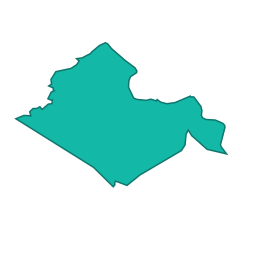 Lucan Lea-5, South Dublin, Ireland (Mercator projection), rotated 41°
{"feature_id": "5873133B65409503618015", "entity_name": "Lucan Lea-5", "entity_type": "district", "adm_level": 2, "iso_a3": "IRL", "parent_name": "Ireland", "parent_adm1": "South Dublin", "projection": "mercator", "projection_center": [-6.46, 53.348], "detail": "fine", "context": "isolated", "style": "filled", "palette": "teal", "viewbox_px": 256, "rotation_deg": 41, "n_neighbors": 0, "source": "geoboundaries", "source_scale": "gbopen_adm2", "svg_char_len": 1026}
<svg xmlns="http://www.w3.org/2000/svg" viewBox="0 0 256 256"><g transform="rotate(41 128 128)"><path d="M219.4,82.9L210.4,81.0L208.7,79.8L200.8,64.0L199.3,62.6L196.6,62.3L188.7,64.7L181.3,70.4L177.7,71.4L175.2,70.5L172.4,66.4L168.9,63.9L157.3,61.4L154.7,63.5L154.1,63.1L146.8,78.0L141.4,84.2L135.8,87.0L131.3,87.4L131.7,88.9L126.3,91.3L123.7,95.1L116.1,100.5L112.7,101.7L101.6,96.9L97.7,91.8L96.2,87.6L98.2,80.6L97.2,79.1L93.7,78.0L81.7,78.9L63.6,78.9L57.4,77.8L55.0,78.5L52.3,84.6L50.7,94.7L50.7,94.8L50.9,96.3L47.3,105.3L43.7,109.4L47.2,109.5L47.7,114.0L45.9,120.4L36.6,132.8L38.0,141.9L41.5,145.0L40.6,148.3L45.2,146.8L46.7,148.4L47.9,148.3L46.5,151.4L48.4,158.5L51.5,157.5L52.3,156.4L54.7,159.4L52.2,162.3L51.0,170.3L47.5,169.8L46.5,172.9L43.5,175.7L43.2,180.3L46.7,182.5L41.2,186.8L37.3,194.6L127.9,180.3L155.4,182.0L155.4,179.7L154.1,178.3L153.5,176.2L164.9,172.0L167.8,155.6L183.1,110.0L182.2,103.4L175.9,94.5L174.8,90.0L181.2,92.0L201.7,92.2L219.4,82.9Z" fill="#14b8a6" stroke="#0f766e" stroke-width="1.5"/></g></svg>